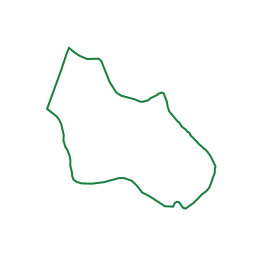 the district of San José Ojetenam, San Marcos, Guatemala, rotated 341°
{"feature_id": "79465075B2462316079287", "entity_name": "San José Ojetenam", "entity_type": "district", "adm_level": 2, "iso_a3": "GTM", "parent_name": "Guatemala", "parent_adm1": "San Marcos", "projection": "natural_earth1", "projection_center": [-91.954, 15.237], "detail": "fine", "context": "isolated", "style": "outline", "palette": "green", "viewbox_px": 256, "rotation_deg": 341, "n_neighbors": 0, "source": "geoboundaries", "source_scale": "gbopen_adm2", "svg_char_len": 1073}
<svg xmlns="http://www.w3.org/2000/svg" viewBox="0 0 256 256"><g transform="rotate(341 128 128)"><path d="M98.4,33.1L97.5,34.0L94.0,37.9L84.4,50.6L57.7,83.6L59.3,86.1L64.4,94.0L65.5,97.5L66.1,102.4L64.9,114.0L62.9,118.7L62.6,125.6L63.5,128.6L63.7,135.4L62.9,140.2L61.3,144.2L60.4,152.5L59.6,155.2L59.6,159.1L61.8,162.1L65.9,165.2L75.7,168.9L87.7,171.4L103.0,172.4L108.1,174.1L114.5,179.3L117.5,185.1L120.5,193.7L125.8,199.1L137.4,214.0L145.0,217.0L147.9,214.2L150.4,213.7L152.0,214.7L154.1,221.5L156.3,222.9L165.6,220.2L176.7,214.7L181.6,213.2L185.5,210.8L186.8,209.3L195.5,198.5L196.6,195.2L198.3,192.7L196.9,181.8L195.5,176.8L194.2,173.5L193.3,173.0L192.5,170.9L189.2,165.2L189.0,164.0L184.7,155.2L184.5,152.5L183.0,151.0L182.1,148.3L179.5,144.6L178.2,139.6L177.2,138.2L172.4,125.7L172.4,121.0L173.3,115.7L173.0,106.8L171.2,105.4L167.5,105.5L166.3,106.3L159.4,107.1L156.0,108.4L150.4,108.0L147.8,106.8L143.7,103.1L131.9,95.1L128.4,90.5L125.6,78.3L124.5,55.5L122.6,52.8L112.0,49.6L105.8,44.1L101.4,38.4L98.4,33.1Z" fill="none" stroke="#15803d" stroke-width="2"/></g></svg>